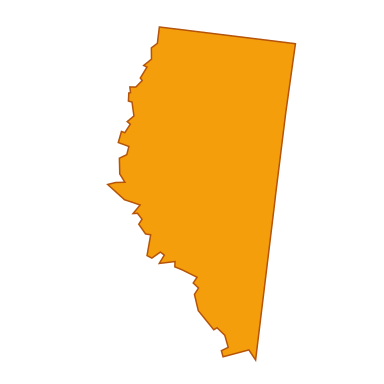 outline of LaSalle, Louisiana, United States of America, rotated 7°
{"feature_id": "52423323B85918245780607", "entity_name": "LaSalle", "entity_type": "district", "adm_level": 2, "iso_a3": "USA", "parent_name": "United States of America", "parent_adm1": "Louisiana", "projection": "robinson", "projection_center": [-92.255, 31.626], "detail": "fine", "context": "isolated", "style": "filled", "palette": "amber", "viewbox_px": 384, "rotation_deg": 7, "n_neighbors": 0, "source": "geoboundaries", "source_scale": "gbopen_adm2", "svg_char_len": 890}
<svg xmlns="http://www.w3.org/2000/svg" viewBox="0 0 384 384"><g transform="rotate(7 192 192)"><path d="M117.2,101.4L117.8,109.5L121.5,110.1L125.1,123.6L119.1,130.0L122.5,132.2L118.1,141.3L114.6,140.5L112.8,151.9L123.8,154.5L122.7,162.9L115.8,167.3L118.1,182.9L124.2,190.5L114.9,191.9L107.4,194.8L125.9,207.9L142.1,211.2L136.1,220.6L140.5,219.8L145.7,225.1L143.1,230.5L151.0,239.3L156.2,239.5L155.1,260.6L160.2,262.5L167.9,255.5L172.2,258.0L168.2,266.9L183.6,263.1L184.1,268.4L191.5,270.4L207.4,276.0L204.3,282.2L210.2,286.5L206.9,293.3L212.7,309.0L230.4,326.1L233.4,323.7L242.0,330.2L246.9,341.8L240.5,345.9L242.9,351.8L267.7,341.8L275.6,351.0L275.4,197.5L275.3,183.0L275.4,101.6L276.6,32.2L139.5,32.2L139.5,48.7L134.1,53.9L135.6,65.1L128.6,72.3L132.1,73.5L126.8,85.2L129.0,87.4L123.4,94.7L117.5,95.3L118.9,100.9L117.2,101.4Z" fill="#f59e0b" stroke="#b45309" stroke-width="1.5"/></g></svg>